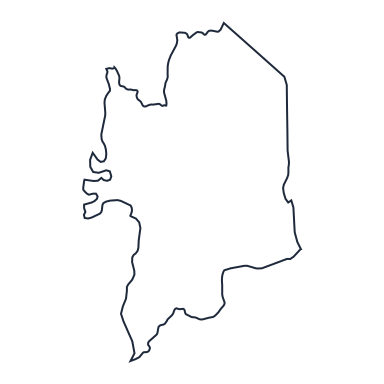 an SVG outline of Kara
{"feature_id": "TGO-88", "entity_name": "Kara", "entity_type": "Region", "adm_level": 1, "iso_a3": "TGO", "parent_name": "Togo", "parent_adm1": "", "projection": "equal_earth", "projection_center": [0.654, 9.526], "detail": "fine", "context": "isolated", "style": "outline", "palette": "slate", "viewbox_px": 384, "rotation_deg": 0, "n_neighbors": 0, "source": "natural_earth", "source_scale": "10m", "svg_char_len": 3729}
<svg xmlns="http://www.w3.org/2000/svg" viewBox="0 0 384 384"><path d="M112.3,68.7L114.3,68.0L114.4,67.3L115.5,68.5L116.8,70.7L118.7,74.8L119.2,76.1L119.4,77.5L119.4,78.8L119.1,81.6L119.1,83.0L119.4,84.3L119.9,85.3L120.7,85.9L123.8,86.6L124.7,87.2L126.0,88.7L127.1,89.3L128.5,89.6L130.7,89.5L133.6,90.2L135.3,90.1L136.3,90.2L137.1,90.6L137.6,91.4L137.5,92.4L136.7,94.4L136.5,95.5L136.7,96.7L137.0,97.8L137.5,98.8L138.2,99.7L139.8,100.8L140.6,101.5L141.2,102.4L142.7,105.4L143.4,106.1L144.5,106.5L145.9,106.4L148.0,105.4L150.8,104.5L153.1,104.6L158.9,103.8L159.9,104.2L161.5,105.5L162.6,105.9L164.4,105.2L166.1,105.7L166.3,105.5L166.5,103.8L166.3,100.8L164.1,92.7L164.0,91.4L164.1,90.0L164.4,88.5L164.9,86.8L165.4,83.6L165.9,81.9L166.9,79.9L167.4,78.3L167.7,77.0L167.7,76.0L167.6,73.6L167.7,66.2L168.2,63.1L168.9,60.3L170.7,55.6L176.0,45.7L176.9,43.2L177.3,40.2L176.8,36.8L176.5,35.5L176.6,34.4L177.4,33.4L179.4,32.4L184.9,32.8L186.1,33.4L187.0,34.1L187.5,35.1L187.9,36.2L188.3,37.3L189.0,37.8L190.0,37.7L192.9,35.1L196.3,32.6L197.6,32.0L201.6,32.5L202.6,33.0L204.0,34.4L204.8,34.8L205.8,34.5L207.9,31.7L209.1,30.8L210.9,30.6L212.3,30.7L217.2,31.7L218.3,31.7L219.6,30.6L220.6,29.7L223.8,23.0L239.3,36.7L265.3,59.8L284.4,76.8L286.8,85.1L286.8,87.0L287.0,105.0L287.4,131.7L287.6,150.7L289.0,162.1L288.8,165.1L288.4,167.5L288.4,172.5L288.2,175.0L287.1,178.1L283.8,184.7L283.1,187.9L283.7,192.8L285.5,198.8L288.2,202.5L291.3,200.4L293.4,207.4L294.7,232.2L297.3,241.9L300.8,249.0L300.7,249.0L293.6,256.7L290.2,259.0L287.0,258.9L261.9,268.3L258.4,268.5L256.2,268.4L247.2,265.8L244.4,265.8L230.7,268.3L224.5,270.2L224.1,270.6L223.6,271.4L223.2,272.4L222.4,274.9L222.0,277.9L221.9,280.7L222.2,285.2L222.2,294.2L222.6,296.8L224.6,302.5L224.5,303.8L223.8,305.4L220.7,309.0L218.3,312.4L215.6,315.2L214.1,316.4L212.6,317.1L209.4,317.6L202.6,319.4L201.4,319.5L200.3,319.4L199.1,319.1L196.2,317.7L195.1,317.4L192.7,317.2L191.5,317.0L185.8,314.1L185.3,313.1L184.9,311.9L184.7,310.5L184.1,309.4L183.0,308.8L180.7,309.1L179.1,309.1L177.8,308.8L176.5,308.3L175.6,308.7L174.8,309.3L174.3,310.3L173.8,311.5L173.5,312.7L172.8,314.0L171.9,315.3L168.1,318.9L167.5,319.6L167.1,320.4L167.0,320.5L166.7,321.2L164.8,323.8L163.6,324.5L160.3,325.3L159.3,326.1L158.5,327.0L158.0,329.6L157.8,331.0L157.5,332.4L157.2,333.7L156.6,334.6L149.4,341.0L148.3,342.4L148.1,343.5L148.1,344.8L148.7,345.6L149.3,346.4L149.8,347.4L149.8,348.8L149.0,350.7L148.0,351.6L146.8,352.1L144.0,352.2L143.0,352.7L139.4,357.1L135.6,359.1L130.5,361.0L134.5,353.3L132.3,341.3L123.5,321.4L121.0,313.8L122.9,306.3L126.0,298.7L126.9,290.8L126.9,287.0L128.1,284.6L132.2,279.7L134.4,274.7L134.3,270.8L132.1,262.1L132.3,257.3L133.7,254.9L135.8,253.3L137.6,250.8L138.4,247.7L138.7,240.5L140.4,228.1L139.2,222.4L136.0,218.6L130.5,216.1L130.4,215.9L130.4,215.6L130.4,215.4L131.6,212.6L132.0,210.1L131.7,207.7L130.6,205.5L120.9,200.9L117.5,200.1L110.2,200.6L106.1,201.6L103.3,203.2L102.4,205.2L101.9,210.1L101.2,212.2L99.8,213.7L91.5,217.6L88.1,218.5L84.7,218.0L83.9,214.8L85.4,212.0L84.1,208.1L84.1,204.6L91.7,202.5L94.5,201.1L96.9,198.9L97.6,196.4L96.0,193.7L93.4,193.6L88.8,194.7L86.9,193.6L85.1,191.9L83.8,190.4L83.3,189.7L83.2,188.1L84.1,181.2L84.5,179.7L93.7,181.0L98.0,180.7L101.3,177.9L103.8,180.1L107.1,180.8L110.1,179.7L111.3,176.3L109.8,171.3L106.2,170.3L98.8,172.8L93.2,172.0L90.3,166.9L90.1,159.8L92.7,152.8L97.6,159.6L100.6,161.9L103.9,161.3L105.8,158.3L106.3,154.0L105.9,149.6L105.0,146.0L103.8,143.5L102.5,141.6L101.6,139.0L101.3,134.5L105.2,115.5L105.3,112.7L104.5,102.9L104.8,99.5L106.3,95.8L108.6,92.4L109.9,90.9L110.0,88.9L108.8,84.1L106.6,78.3L106.3,76.6L106.7,74.4L107.3,72.9L107.4,71.3L106.3,68.9L109.5,68.1L112.3,68.7Z" fill="none" stroke="#1e293b" stroke-width="2"/></svg>